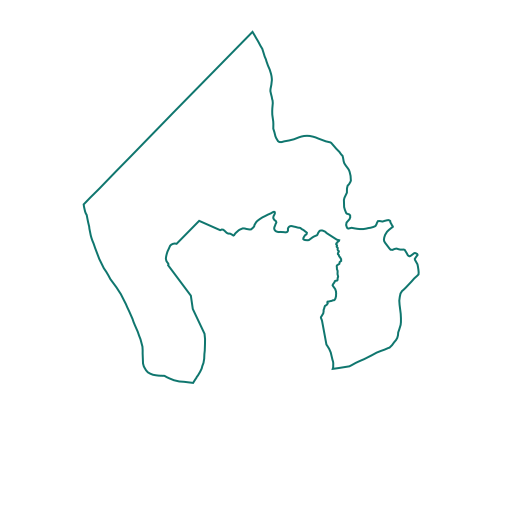 the district of Tbaeng Mean Chey, Preah Vihéar, Cambodia, rotated 314°
{"feature_id": "14789045B76520670537336", "entity_name": "Tbaeng Mean Chey", "entity_type": "district", "adm_level": 2, "iso_a3": "KHM", "parent_name": "Cambodia", "parent_adm1": "Preah Vihéar", "projection": "albers", "projection_center": [105.049, 13.77], "detail": "fine", "context": "isolated", "style": "outline", "palette": "teal", "viewbox_px": 512, "rotation_deg": 314, "n_neighbors": 0, "source": "geoboundaries", "source_scale": "gbopen_adm2", "svg_char_len": 6152}
<svg xmlns="http://www.w3.org/2000/svg" viewBox="0 0 512 512"><g transform="rotate(314 256 256)"><path d="M376.1,271.9L379.3,268.4L381.5,265.0L382.3,263.4L382.8,261.6L383.4,257.8L384.0,255.2L385.0,253.3L386.1,251.8L387.3,250.1L388.2,248.6L388.2,246.9L388.6,244.7L388.8,243.8L388.9,239.4L389.6,231.6L389.4,230.6L387.0,226.6L383.8,219.3L382.7,216.5L381.5,214.2L379.7,211.3L377.9,209.2L375.7,207.2L373.5,205.7L371.3,204.5L366.3,202.2L362.0,199.5L358.0,196.6L355.9,195.4L354.5,194.0L354.1,193.2L353.9,192.1L354.8,188.7L355.6,186.8L357.8,183.3L359.6,180.0L363.0,176.8L364.7,175.0L369.0,169.5L371.5,167.0L373.4,165.3L377.6,161.9L379.3,160.0L380.1,158.6L381.4,156.8L383.0,154.2L384.6,151.8L386.1,150.5L389.8,148.1L393.6,145.2L394.8,143.9L396.1,142.3L397.5,140.2L399.6,136.4L401.3,132.3L403.4,128.1L404.3,126.6L405.5,123.7L406.9,121.2L409.4,116.6L410.3,113.2L411.9,108.3L412.9,104.6L413.7,101.9L414.8,97.8L301.6,96.9L241.6,96.7L219.8,96.5L195.8,96.5L182.8,96.2L173.4,96.2L172.0,98.0L170.6,100.1L169.2,102.3L168.4,104.0L167.9,105.7L165.1,109.7L163.4,112.2L161.3,115.5L159.9,117.2L156.1,122.7L154.8,124.9L153.5,127.4L152.1,130.6L150.0,134.7L145.0,145.3L141.5,155.0L140.6,159.3L139.5,163.3L138.2,167.3L136.5,177.4L135.4,182.1L134.7,185.2L132.4,191.8L131.0,195.9L129.8,198.7L128.1,203.2L125.0,210.8L123.5,213.7L122.1,216.9L119.4,223.5L117.5,227.2L115.9,230.7L111.9,237.3L109.5,239.9L107.1,242.2L100.2,249.4L98.7,251.9L98.2,253.4L97.4,256.3L97.2,259.0L97.9,261.7L99.0,264.4L100.7,266.9L102.5,269.3L104.2,271.2L106.2,273.4L106.9,276.1L107.8,278.7L109.6,283.2L112.4,287.9L115.5,291.6L121.0,298.9L124.8,298.1L126.7,297.8L128.0,297.4L129.8,297.2L134.0,296.2L137.3,295.1L139.6,293.8L142.6,292.5L146.1,290.1L149.6,287.0L152.3,284.9L157.3,280.4L160.9,277.0L164.3,273.0L174.0,247.3L182.2,236.7L188.3,199.2L189.3,198.7L189.6,198.0L189.8,196.6L190.1,195.2L190.6,194.3L191.5,193.0L192.8,192.0L194.2,191.1L195.6,190.3L197.8,189.2L200.2,188.4L202.1,187.7L203.8,187.1L205.4,187.2L207.0,187.8L208.6,188.9L209.6,190.4L241.8,190.7L249.7,212.3L250.3,212.6L251.3,213.0L252.1,214.1L252.3,215.6L252.3,218.7L252.6,219.9L253.1,220.8L253.8,221.5L254.2,222.1L254.7,223.9L255.0,225.5L255.8,225.8L257.1,225.5L258.4,225.4L262.5,225.7L263.9,226.1L266.7,227.3L267.5,228.2L268.1,229.0L268.6,230.0L269.4,231.2L270.5,232.8L271.2,233.5L271.8,234.0L274.6,234.2L276.0,234.1L277.4,233.3L280.5,232.6L282.3,232.6L284.1,232.9L285.3,233.1L288.3,233.8L291.0,234.8L294.0,235.8L297.1,237.1L299.0,237.6L300.0,238.0L300.6,238.7L300.4,239.3L300.0,239.7L299.5,240.1L298.4,240.5L297.0,240.9L295.8,241.6L295.3,242.1L295.0,242.8L294.7,244.2L294.9,246.1L294.6,246.8L294.3,247.3L293.6,247.6L292.8,247.8L292.1,248.1L291.3,248.5L289.5,249.2L288.9,249.6L288.3,250.1L287.8,251.0L287.6,252.0L287.6,253.0L288.2,254.5L289.0,255.7L290.5,257.1L291.3,258.1L291.9,258.7L293.5,260.8L294.0,261.2L294.7,261.6L295.4,261.7L296.1,261.5L296.7,261.2L297.8,260.0L298.8,259.6L299.9,259.5L300.8,259.7L301.8,260.3L302.4,261.0L303.7,263.2L304.3,264.1L305.4,266.2L306.0,267.1L306.4,267.5L307.0,268.5L307.1,270.3L307.4,271.0L307.8,273.1L307.8,274.0L308.0,275.3L308.1,276.4L307.1,277.1L306.3,277.2L305.5,276.9L304.7,276.9L302.8,277.3L301.8,277.6L301.0,278.3L301.1,279.3L301.4,279.9L302.1,280.9L303.4,282.4L304.3,283.0L308.6,283.7L310.4,284.2L313.2,285.4L313.9,285.4L316.0,284.6L318.3,284.3L318.9,284.6L319.7,285.2L320.5,286.1L321.4,288.4L321.6,289.5L321.5,290.1L321.6,291.2L323.9,302.8L325.1,304.9L324.5,305.2L323.5,305.0L322.6,304.9L322.1,305.2L321.3,305.0L320.6,305.2L320.2,305.4L320.0,306.2L320.0,306.9L319.5,307.2L318.9,307.4L318.6,307.9L318.7,308.9L318.4,309.4L317.4,310.1L316.9,311.1L317.0,312.3L316.3,312.7L315.1,312.9L314.5,313.3L314.2,313.7L314.3,314.7L314.0,315.1L313.6,316.0L313.4,316.9L313.5,317.6L313.3,318.0L313.0,318.5L312.9,319.4L311.6,320.7L310.6,320.5L309.8,320.4L308.2,321.4L307.3,321.2L306.3,320.9L305.3,320.8L304.4,321.5L303.9,322.2L302.8,323.3L302.0,325.0L301.3,325.7L300.4,326.5L299.6,327.2L298.3,329.3L297.7,329.7L296.9,330.0L295.8,331.0L295.1,331.4L294.5,331.3L293.5,330.5L292.6,330.2L291.6,330.7L290.0,330.9L288.9,331.1L288.1,331.5L287.8,332.7L287.3,335.6L287.1,336.2L286.0,338.3L285.6,338.6L285.0,339.4L284.6,339.8L283.6,340.6L282.8,341.4L280.5,342.7L278.9,343.0L278.3,342.8L277.6,342.1L276.8,341.8L276.1,341.5L275.2,340.8L274.4,340.4L273.6,339.8L272.9,339.2L272.3,339.4L271.6,340.6L271.1,340.6L270.2,340.8L269.1,340.6L268.0,340.3L266.6,340.9L265.4,341.6L264.6,341.9L263.9,342.3L263.4,342.9L261.8,344.0L261.3,344.3L260.2,344.5L259.1,344.8L257.1,345.2L256.6,345.7L255.6,347.9L255.2,348.6L241.2,368.2L240.9,369.7L240.0,373.2L238.5,376.8L234.4,383.2L233.6,384.7L232.6,386.0L229.6,388.8L228.1,389.6L232.7,393.2L241.5,399.8L243.8,400.6L248.4,402.0L251.3,403.1L254.0,404.2L256.8,405.4L265.5,408.4L270.3,409.9L274.3,411.7L277.9,413.5L281.8,415.1L282.8,415.7L286.4,415.8L289.8,415.3L292.8,415.1L295.2,414.5L297.6,413.2L299.8,411.4L302.8,410.0L306.9,407.9L309.1,406.2L311.8,403.6L314.9,400.3L317.8,396.7L320.7,393.1L323.4,390.1L326.5,387.8L329.4,386.0L332.2,385.4L334.4,385.6L337.3,385.7L345.7,385.6L349.8,385.4L353.8,385.7L355.6,385.7L357.2,384.4L358.9,382.4L360.9,379.8L362.2,377.9L363.7,372.9L364.3,372.2L367.1,371.7L368.8,371.6L369.2,371.2L369.4,370.6L369.0,369.1L368.5,368.2L367.8,367.8L365.7,367.5L363.4,367.1L362.5,366.7L362.1,365.8L362.0,364.7L362.7,362.6L363.7,358.7L363.1,357.6L362.0,356.6L360.8,355.3L359.9,353.8L359.0,352.0L357.8,351.1L356.7,350.5L355.3,350.0L354.0,348.4L354.1,346.7L355.2,339.6L355.7,337.9L356.7,336.6L358.4,335.4L360.9,334.2L364.5,333.4L367.3,333.5L370.4,333.9L371.9,334.2L372.3,333.9L372.6,332.4L373.2,330.6L373.5,329.4L374.4,328.2L374.3,327.4L373.9,326.4L372.8,325.5L370.6,324.1L368.7,323.1L367.0,320.6L365.8,319.5L364.1,319.9L362.3,320.7L360.5,321.1L358.5,320.3L355.9,318.8L354.1,317.4L352.2,316.2L349.8,314.4L347.5,312.0L345.8,309.8L344.4,307.8L342.7,305.2L339.8,303.3L339.5,302.4L339.9,301.1L340.9,299.3L343.0,297.9L347.4,297.7L349.3,296.9L350.6,295.5L350.7,294.2L349.5,291.8L349.6,290.9L351.0,287.8L352.4,285.4L357.4,280.3L359.3,279.2L364.7,277.4L367.7,274.6L368.8,273.9L370.4,273.0L371.4,273.1L372.5,273.0L374.9,272.4L376.1,271.9Z" fill="none" stroke="#0f766e" stroke-width="2"/></g></svg>